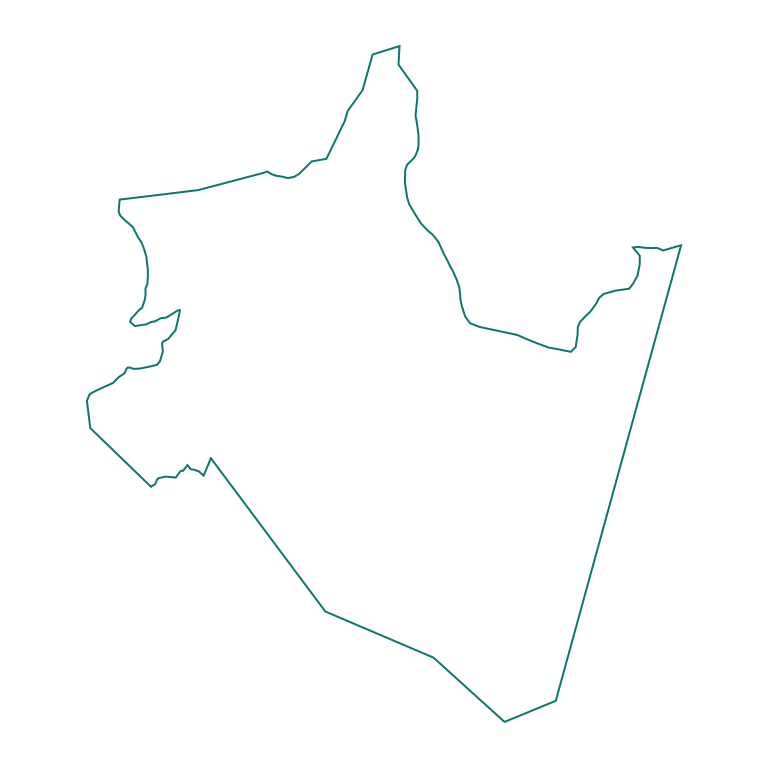 Santa Cruz de Bravo, Oaxaca, Mexico
{"feature_id": "50627088B21531122544022", "entity_name": "Santa Cruz de Bravo", "entity_type": "district", "adm_level": 2, "iso_a3": "MEX", "parent_name": "Mexico", "parent_adm1": "Oaxaca", "projection": "mercator", "projection_center": [-98.221, 17.572], "detail": "fine", "context": "isolated", "style": "outline", "palette": "teal", "viewbox_px": 768, "rotation_deg": 0, "n_neighbors": 0, "source": "geoboundaries", "source_scale": "gbopen_adm2", "svg_char_len": 2085}
<svg xmlns="http://www.w3.org/2000/svg" viewBox="0 0 768 768"><path d="M681.1,245.3L678.4,246.0L663.1,250.5L657.1,247.9L651.7,248.1L645.7,247.9L638.2,246.9L633.0,247.5L639.8,255.8L639.7,264.4L637.5,275.8L633.0,283.7L629.2,288.7L615.1,290.7L603.8,293.9L599.3,297.7L595.9,304.0L590.2,311.8L584.9,316.8L580.0,322.0L577.8,327.2L577.6,334.6L575.7,346.9L570.9,351.8L566.1,350.9L557.4,349.1L548.7,347.6L536.9,343.2L526.9,339.2L517.6,335.1L498.4,330.9L480.2,327.1L470.1,323.3L465.1,316.3L461.7,305.5L460.3,298.6L460.1,293.7L459.2,287.1L456.6,279.4L452.6,270.5L450.3,266.7L447.5,260.7L443.9,254.0L438.4,241.9L433.0,235.1L427.3,230.2L420.8,223.2L414.1,212.5L409.2,204.2L407.1,197.3L405.7,187.8L404.9,182.7L405.2,170.3L407.0,164.9L411.8,160.1L413.9,158.1L415.6,155.3L417.9,149.6L418.5,145.1L418.6,135.8L417.7,128.9L417.0,123.4L415.6,116.0L416.1,109.5L417.3,98.4L417.2,90.8L398.5,64.6L399.5,46.1L372.6,54.5L362.6,90.1L347.7,111.0L344.7,121.2L329.7,152.1L326.4,158.8L311.5,161.5L304.6,168.5L299.0,173.9L294.2,176.8L287.9,178.1L281.9,176.6L276.3,175.8L271.5,174.1L267.2,171.5L263.8,172.8L198.1,190.1L119.7,199.6L118.9,208.3L118.7,211.3L120.0,215.3L124.4,219.9L128.5,223.3L132.9,227.2L137.9,237.0L141.4,242.3L144.2,249.4L146.4,257.0L147.8,269.4L147.9,275.9L147.4,284.0L145.5,288.5L145.5,295.4L144.8,299.7L142.1,307.8L139.1,310.0L134.4,315.3L130.9,319.0L130.1,322.0L132.9,324.3L135.0,326.1L146.9,324.2L150.6,322.2L155.1,321.3L158.5,319.4L161.3,318.0L166.0,317.7L171.4,314.5L178.0,310.3L180.0,310.2L179.0,315.3L175.5,330.3L167.9,339.2L163.1,341.5L162.0,343.6L162.9,351.4L160.0,361.1L157.0,364.8L150.0,366.5L140.5,368.5L133.8,368.9L129.9,367.6L127.5,367.6L126.1,369.6L124.5,373.4L118.8,377.0L113.1,382.9L104.2,386.9L96.0,390.7L89.7,394.1L86.9,400.7L90.3,428.1L151.0,486.8L151.6,486.1L153.9,485.1L155.4,483.8L156.9,479.8L158.4,478.2L165.5,476.6L175.8,477.5L180.6,471.0L183.2,470.7L187.4,465.1L190.7,469.2L194.3,469.8L199.0,471.5L203.6,475.6L210.8,458.5L210.3,457.4L325.3,611.5L433.6,657.7L504.5,721.9L555.8,700.8L558.1,692.3L628.3,437.2L681.1,245.3Z" fill="none" stroke="#0f766e" stroke-width="2"/></svg>